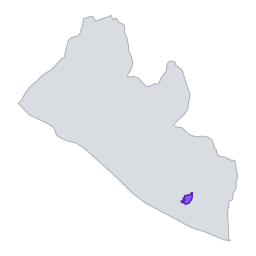 location of Bodae, Grand Kru, Liberia
{"feature_id": "62588387B10493983903288", "entity_name": "Bodae", "entity_type": "district", "adm_level": 2, "iso_a3": "LBR", "parent_name": "Liberia", "parent_adm1": "Grand Kru", "projection": "mercator", "projection_center": [-8.37, 5.14], "detail": "fine", "context": "in_parent", "style": "filled", "palette": "violet", "viewbox_px": 256, "rotation_deg": 0, "n_neighbors": 0, "source": "geoboundaries", "source_scale": "gbopen_adm2", "svg_char_len": 3466}
<svg xmlns="http://www.w3.org/2000/svg" viewBox="0 0 256 256"><path d="M18.2,103.4L21.0,101.0L25.2,93.2L31.0,85.8L36.5,81.4L40.8,76.9L45.3,73.4L51.9,69.3L61.8,58.6L64.2,57.4L65.8,50.0L68.3,40.6L71.2,37.6L78.0,35.9L79.6,34.3L82.0,27.6L83.5,19.9L83.7,18.2L86.3,18.0L90.9,16.3L93.6,17.1L94.7,19.3L95.4,21.2L109.2,16.4L110.5,15.4L111.2,15.5L112.9,19.9L113.9,19.6L114.8,18.4L115.7,18.2L116.8,18.8L117.9,20.9L119.6,22.7L122.6,24.0L124.5,25.7L124.3,30.4L125.1,34.9L126.4,35.9L127.1,38.6L127.4,41.6L128.1,43.2L128.6,46.1L128.4,49.3L128.9,51.6L131.1,55.5L132.5,60.4L132.5,63.9L131.7,67.5L130.3,70.8L127.7,74.5L127.5,75.9L129.0,76.9L131.3,77.0L133.3,76.3L138.2,78.0L140.8,80.4L143.0,83.3L145.0,84.8L146.0,86.7L149.5,86.2L153.5,84.4L154.3,83.5L155.5,84.0L158.2,84.2L160.0,80.9L161.5,77.2L164.6,73.2L166.1,71.6L166.5,69.0L166.7,65.7L167.8,62.8L170.4,61.2L173.2,61.2L174.8,61.8L175.5,64.6L177.8,66.8L179.7,68.2L180.7,68.8L182.3,70.5L183.9,76.1L189.9,94.3L189.6,99.4L188.4,102.6L188.3,105.8L187.9,109.0L184.3,114.2L173.4,124.8L174.3,125.8L176.9,127.0L179.5,127.6L181.7,127.3L184.4,129.9L187.3,133.2L190.4,135.0L194.8,136.5L198.7,136.7L202.0,136.1L206.7,136.8L211.7,139.5L213.4,144.1L214.6,148.0L216.4,150.0L216.6,153.5L220.1,156.5L225.2,157.1L231.7,160.6L233.4,160.4L234.1,160.0L234.9,160.7L236.5,170.9L237.8,176.3L237.1,178.5L236.2,180.2L236.2,188.4L233.2,193.2L232.8,198.3L231.9,200.0L228.8,201.5L228.7,205.5L227.9,210.3L227.6,215.4L228.5,228.8L228.6,238.8L230.0,240.6L223.9,239.8L205.8,232.2L191.9,227.8L145.2,202.9L132.2,192.9L117.3,178.0L84.0,148.0L76.4,143.1L66.9,140.8L61.0,138.2L56.8,135.5L53.4,127.1L45.1,122.2L29.7,115.1L18.2,103.4Z" fill="#d9dde1" stroke="#a8b0b8" stroke-width="1"/><path d="M184.6,195.9L184.6,196.0L184.9,196.2L184.9,196.3L184.6,196.4L184.6,196.5L184.4,197.0L184.5,197.0L184.4,197.2L184.4,197.3L184.2,197.4L184.1,197.5L184.1,197.8L183.9,198.0L183.6,198.3L183.4,198.3L183.2,198.3L183.2,198.6L183.3,198.9L183.6,199.1L183.8,199.2L184.0,199.3L184.3,199.4L184.5,199.5L184.9,200.1L185.2,200.1L185.2,200.3L184.8,200.4L184.6,200.5L184.4,200.3L184.2,200.4L184.3,200.5L184.4,200.4L184.4,200.5L184.2,200.7L183.9,200.6L183.8,200.4L183.7,200.4L183.4,200.4L183.4,200.5L183.2,200.8L183.1,200.7L182.9,200.7L182.9,200.8L182.7,200.9L182.4,200.8L182.3,201.0L182.2,201.0L181.9,201.2L181.7,201.2L181.8,201.3L182.1,201.5L181.8,201.8L181.6,201.8L181.5,202.1L181.9,202.3L182.1,202.4L182.3,202.6L182.7,202.7L182.9,202.7L183.5,202.7L183.8,202.7L184.0,202.8L184.3,203.1L184.5,203.2L184.6,203.3L184.8,203.6L185.0,203.7L185.2,203.8L185.4,204.1L185.6,204.3L185.9,204.3L186.1,204.2L186.3,204.1L186.5,203.9L186.7,203.7L186.9,203.5L187.0,203.4L187.3,203.3L187.5,203.3L187.8,203.4L188.1,203.4L188.4,203.4L188.6,203.3L188.9,203.1L189.0,203.0L189.3,202.8L189.4,202.6L189.5,202.3L189.6,202.0L189.6,201.9L189.7,201.6L189.9,201.3L190.0,201.1L190.5,200.9L190.8,200.7L191.1,200.3L191.2,200.1L191.3,199.8L191.4,199.5L191.6,199.2L191.7,198.8L191.8,198.4L192.0,198.0L192.1,197.8L192.1,197.6L192.1,197.4L192.2,197.0L192.2,194.8L192.2,194.4L192.4,193.4L192.5,192.3L192.4,192.5L191.9,192.7L191.7,192.7L191.3,192.7L191.2,192.8L191.1,193.0L191.1,193.3L191.1,193.5L190.9,194.0L190.7,194.3L190.4,194.5L190.2,194.7L190.1,194.9L189.9,195.0L189.7,194.9L189.4,194.9L188.8,194.9L188.4,194.9L187.9,195.0L187.7,195.1L187.4,195.2L187.2,195.2L186.8,195.3L186.6,195.4L186.3,195.5L185.9,195.6L185.6,195.7L185.2,195.8L184.8,195.7L184.7,195.8L184.6,195.9Z" fill="#8b5cf6" stroke="#5b21b6" stroke-width="1.5"/></svg>